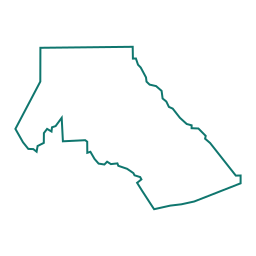 the district of Clinton, Pennsylvania, United States of America
{"feature_id": "52423323B29093736959677", "entity_name": "Clinton", "entity_type": "district", "adm_level": 2, "iso_a3": "USA", "parent_name": "United States of America", "parent_adm1": "Pennsylvania", "projection": "albers", "projection_center": [-77.638, 41.221], "detail": "fine", "context": "isolated", "style": "outline", "palette": "teal", "viewbox_px": 256, "rotation_deg": 0, "n_neighbors": 0, "source": "geoboundaries", "source_scale": "gbopen_adm2", "svg_char_len": 870}
<svg xmlns="http://www.w3.org/2000/svg" viewBox="0 0 256 256"><path d="M40.4,47.8L40.3,81.6L15.4,128.9L23.0,142.3L28.3,148.9L33.3,149.1L36.6,151.7L37.6,146.0L43.8,142.9L43.9,133.1L47.1,128.9L51.5,131.5L52.0,127.3L55.6,126.1L61.7,117.8L62.9,141.3L85.2,140.2L87.2,141.7L87.3,152.8L90.4,151.8L94.5,158.9L98.6,163.6L104.4,164.5L107.1,161.7L110.9,164.1L117.4,163.4L118.3,165.8L127.1,168.8L133.4,173.1L134.5,175.3L140.2,177.1L141.4,179.4L137.1,182.8L142.1,190.8L152.7,207.1L154.1,209.2L170.3,205.6L181.4,204.3L194.2,201.5L240.6,183.3L240.6,175.5L235.8,175.6L210.1,143.0L205.1,138.7L205.7,135.9L198.4,128.5L191.6,128.2L191.6,125.3L186.7,124.0L179.9,117.8L172.7,108.6L168.9,106.9L166.3,101.5L162.6,98.5L161.6,90.9L156.1,86.1L149.6,84.6L146.5,81.6L146.0,77.4L140.7,67.5L138.0,64.7L135.9,58.5L132.9,58.6L132.7,46.8L40.4,47.8Z" fill="none" stroke="#0f766e" stroke-width="2"/></svg>